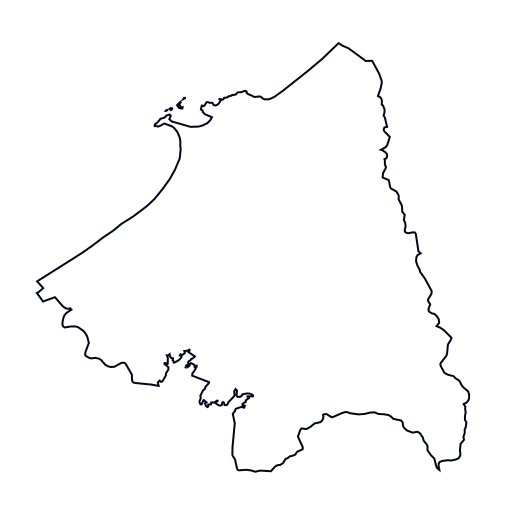 Nui Thanh, Quàng Nam, Vietnam (Robinson projection), rotated 272°
{"feature_id": "81297802B34920687321908", "entity_name": "Nui Thanh", "entity_type": "district", "adm_level": 2, "iso_a3": "VNM", "parent_name": "Vietnam", "parent_adm1": "Quàng Nam", "projection": "robinson", "projection_center": [108.549, 15.447], "detail": "fine", "context": "isolated", "style": "outline", "palette": "ink", "viewbox_px": 512, "rotation_deg": 272, "n_neighbors": 0, "source": "geoboundaries", "source_scale": "gbopen_adm2", "svg_char_len": 6056}
<svg xmlns="http://www.w3.org/2000/svg" viewBox="0 0 512 512"><g transform="rotate(272 256 256)"><path d="M48.6,446.7L51.9,445.9L54.5,445.8L56.1,446.3L56.6,447.0L57.6,449.0L58.5,454.1L58.5,458.7L59.4,462.1L60.7,465.3L62.7,466.7L64.9,467.2L68.7,466.6L75.3,467.0L79.6,470.3L82.4,469.6L86.6,470.8L90.0,470.6L91.8,471.5L96.9,472.1L99.5,470.6L103.1,470.4L107.0,471.0L110.7,470.3L112.4,470.5L115.3,468.7L116.8,471.5L119.3,473.4L121.2,473.9L125.1,473.8L128.1,472.7L132.0,467.8L134.0,466.0L138.3,463.7L140.7,459.8L142.8,457.6L144.1,451.8L145.8,448.4L152.2,444.6L154.1,444.0L155.4,444.3L163.0,449.8L165.9,450.4L174.2,450.9L179.0,453.6L181.1,454.2L188.4,446.4L190.9,442.4L192.2,438.9L195.6,441.4L199.3,440.8L202.4,438.6L204.4,436.1L204.7,434.1L206.4,430.9L207.9,430.3L209.8,430.4L213.8,431.8L216.8,429.7L218.5,429.4L224.1,432.6L227.1,432.8L239.3,425.6L246.0,420.5L247.9,420.1L251.6,417.9L256.4,416.1L260.6,416.4L262.6,417.5L264.4,420.5L266.3,418.2L283.8,414.9L285.2,413.7L284.9,410.6L284.2,408.5L284.2,406.5L284.6,405.1L285.4,404.1L286.9,403.7L290.9,404.5L294.7,403.8L297.2,402.5L302.3,403.2L305.2,400.7L311.5,400.0L317.5,396.6L320.7,396.6L322.4,396.0L325.3,394.1L328.2,388.5L329.8,387.6L336.4,386.1L338.9,379.8L343.3,380.1L347.8,382.4L349.7,382.8L351.6,381.6L355.7,381.5L357.3,381.0L358.2,382.9L360.5,383.6L362.3,383.4L364.1,381.8L365.8,379.2L366.5,377.1L369.2,381.7L371.4,383.3L379.7,385.6L384.8,380.1L386.8,379.1L389.0,379.9L389.6,382.5L399.0,379.9L400.7,378.6L404.0,379.4L406.9,379.4L410.8,377.7L411.7,376.4L415.8,376.4L417.8,375.6L419.0,374.6L420.1,372.3L428.2,374.8L433.7,375.7L435.7,375.4L442.7,372.6L455.1,365.3L454.7,358.9L466.8,341.2L469.3,334.9L471.6,331.1L455.4,315.4L442.7,301.3L421.9,276.9L415.7,268.8L414.0,265.6L413.0,263.1L412.9,259.1L413.9,256.9L415.3,255.2L415.6,254.1L414.9,249.1L415.1,247.9L415.9,246.8L417.6,242.3L418.8,240.9L420.1,240.8L420.7,239.2L419.2,235.5L418.9,232.0L416.7,230.2L416.1,227.6L416.2,226.6L415.4,226.0L414.5,222.8L413.6,222.1L412.9,218.5L411.6,218.0L410.9,216.8L410.9,216.1L411.4,216.0L411.7,213.3L410.5,215.1L409.2,214.9L406.2,212.7L405.0,210.3L405.4,208.3L407.0,207.6L407.6,206.8L407.5,204.3L408.1,202.5L408.0,201.2L404.3,199.1L404.0,198.1L404.5,197.2L404.4,196.5L400.4,195.8L399.6,197.5L398.0,197.8L395.8,200.2L393.2,207.1L390.3,205.7L387.1,202.8L384.3,197.4L383.3,193.7L382.8,186.1L387.5,167.2L389.7,164.6L393.2,165.9L394.4,164.7L393.1,161.4L391.2,159.9L389.8,155.8L386.2,153.0L383.9,150.3L382.3,150.2L382.3,152.4L381.9,153.6L383.1,156.4L385.0,159.3L385.1,160.2L382.5,167.8L381.2,169.6L377.2,173.1L371.8,175.6L368.1,176.4L362.8,176.5L360.6,177.0L351.0,176.4L339.6,172.1L330.0,167.2L319.1,159.9L309.5,152.6L302.2,145.4L291.3,132.0L283.4,120.4L276.2,112.2L269.1,102.4L260.7,92.2L252.9,81.9L223.0,38.1L216.5,44.5L212.2,39.8L211.5,38.3L203.1,44.7L207.8,56.5L198.8,64.9L196.8,68.2L196.8,71.0L197.2,72.1L195.9,73.4L192.7,68.8L190.4,66.8L187.6,65.7L183.6,65.0L180.9,64.9L179.2,65.5L177.9,67.2L179.1,73.3L179.3,78.0L178.8,80.4L175.1,86.2L172.5,88.4L169.7,90.1L163.3,92.0L154.0,88.9L151.0,88.7L150.2,89.5L148.4,92.7L147.9,94.8L148.6,99.0L147.9,102.8L146.5,105.0L142.0,109.2L140.6,111.9L140.0,114.7L140.3,118.2L144.4,125.1L144.8,127.3L144.4,128.6L143.3,129.8L133.0,136.1L127.1,136.5L125.6,137.5L124.9,139.0L123.9,155.3L122.8,163.2L126.2,162.3L128.1,164.1L126.9,165.3L127.5,166.9L133.5,170.1L135.5,170.1L139.6,172.4L141.8,172.3L145.1,168.2L145.7,168.4L145.9,169.4L144.7,170.8L145.2,171.6L151.3,171.4L153.6,170.4L153.6,171.7L154.9,173.1L152.6,173.6L150.9,175.1L150.9,176.6L148.9,176.4L148.6,177.0L146.6,177.5L146.7,178.4L149.2,182.5L152.1,185.1L153.4,185.1L153.9,183.4L155.1,184.0L154.6,185.5L155.4,187.1L156.6,188.3L158.6,187.7L159.0,191.3L160.1,192.4L159.8,192.9L159.1,192.9L157.6,191.9L153.5,198.4L151.5,196.4L150.7,194.7L149.6,194.2L148.7,192.7L147.2,191.7L145.5,192.5L144.3,190.2L142.3,189.5L142.1,190.6L143.3,192.6L144.6,193.6L146.2,193.9L146.7,194.6L145.1,198.2L143.2,198.5L144.1,200.5L143.2,200.5L139.1,198.4L136.4,196.5L134.2,196.4L128.3,213.4L127.1,213.2L123.8,210.3L121.5,209.6L119.9,207.8L114.3,205.2L112.1,205.8L108.8,204.6L107.7,204.7L105.8,205.7L105.8,206.8L109.8,208.4L110.2,208.9L108.0,211.6L107.0,210.1L104.3,211.2L103.3,212.7L103.8,213.5L105.8,213.4L106.2,216.2L108.2,216.5L108.0,219.0L110.2,222.3L109.9,222.7L108.2,220.9L107.4,220.8L105.5,224.0L105.2,225.4L105.8,227.0L107.9,227.2L108.9,228.2L108.3,229.1L105.9,229.8L105.9,231.7L106.7,232.6L109.0,233.6L115.2,239.1L116.8,239.4L119.8,238.9L122.3,240.2L120.9,241.7L116.0,241.4L114.7,242.4L114.6,244.8L115.5,246.3L117.2,247.2L118.3,251.6L118.3,254.2L117.3,257.3L116.2,258.0L115.6,257.8L115.5,252.4L114.9,252.4L114.4,253.7L113.7,254.0L111.4,250.8L109.8,250.9L108.9,249.1L107.3,247.5L106.5,247.7L106.0,250.0L104.2,249.6L103.9,249.1L104.6,247.3L104.5,246.2L102.6,241.2L102.0,240.7L100.5,240.5L97.4,238.3L88.1,240.6L64.1,239.2L57.0,239.3L55.7,239.6L52.0,242.1L42.5,244.6L41.7,245.2L41.2,246.3L42.0,253.7L41.5,258.8L40.4,262.7L41.7,268.0L41.4,278.4L46.2,282.4L47.6,284.5L48.1,287.6L49.9,290.2L54.3,292.7L55.1,294.7L57.1,297.0L57.2,298.3L58.9,302.2L61.7,303.8L64.4,309.3L66.6,309.4L77.0,304.2L83.5,306.2L85.3,307.5L84.8,311.3L85.1,313.0L87.2,316.4L90.7,320.4L92.1,325.9L93.2,327.4L95.8,328.7L97.9,329.0L99.6,328.5L100.2,329.3L100.5,332.0L97.5,337.2L97.9,338.9L102.0,347.3L103.0,350.1L103.2,351.9L102.9,353.6L102.2,355.0L101.3,363.9L101.9,369.9L103.5,375.6L103.9,379.9L102.4,383.8L102.3,389.3L101.7,393.9L100.3,396.5L98.0,399.0L96.7,406.7L94.8,408.4L91.4,408.9L89.9,409.6L87.0,412.7L84.9,418.7L86.0,423.2L85.1,425.4L83.8,426.6L80.4,429.1L77.3,430.0L73.2,433.5L71.7,434.1L68.0,434.1L63.1,437.7L59.9,441.2L51.6,443.7L50.0,444.8L48.6,446.7ZM403.9,173.3L403.5,172.2L401.2,174.0L400.8,177.2L402.1,177.5L402.0,175.6L404.9,174.3L405.6,174.2L406.9,175.4L407.4,175.1L404.8,172.5L404.3,173.4L403.9,173.3ZM400.5,167.1L400.8,165.3L400.0,164.5L398.9,165.9L399.8,166.9L400.5,167.1ZM411.5,179.5L411.6,178.7L410.2,177.8L411.1,179.5L411.5,179.5ZM398.8,162.0L398.2,160.7L397.9,160.6L398.1,161.7L398.8,162.4L399.6,162.3L398.8,162.0Z" fill="none" stroke="#020617" stroke-width="2"/></g></svg>